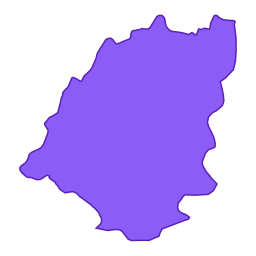 Az-Zabdani, Rif Dimashq, Syria (Robinson projection)
{"feature_id": "27442178B59833257068654", "entity_name": "Az-Zabdani", "entity_type": "district", "adm_level": 2, "iso_a3": "SYR", "parent_name": "Syria", "parent_adm1": "Rif Dimashq", "projection": "robinson", "projection_center": [36.084, 33.702], "detail": "fine", "context": "isolated", "style": "filled", "palette": "violet", "viewbox_px": 256, "rotation_deg": 0, "n_neighbors": 0, "source": "geoboundaries", "source_scale": "gbopen_adm2", "svg_char_len": 5447}
<svg xmlns="http://www.w3.org/2000/svg" viewBox="0 0 256 256"><path d="M217.0,184.0L212.0,178.8L211.4,178.0L206.0,171.3L202.6,165.3L202.1,162.4L203.3,158.8L205.5,153.2L208.7,149.5L214.0,147.8L215.1,146.6L215.2,143.1L213.9,137.7L211.2,131.6L208.6,126.7L207.4,122.3L208.6,116.9L212.6,112.6L216.5,110.6L220.0,107.7L222.6,105.1L223.0,103.7L223.8,101.0L223.8,100.5L223.4,95.4L221.8,87.3L220.2,81.7L225.3,78.1L233.4,69.7L235.4,61.2L236.1,51.4L236.0,38.0L234.3,24.1L235.1,21.5L234.5,21.1L234.2,20.9L232.8,20.5L232.2,20.4L231.7,20.5L231.2,20.5L230.1,20.5L227.4,20.2L225.0,20.0L224.2,19.8L223.3,19.7L222.4,19.3L222.0,19.2L220.4,18.2L218.6,17.1L217.6,16.4L217.4,15.6L216.9,15.6L216.1,15.6L215.3,15.4L215.1,15.5L214.4,15.6L213.9,16.0L213.1,17.8L213.0,18.2L212.5,19.1L212.0,20.4L211.1,22.3L210.7,23.3L210.5,24.4L210.2,26.5L210.1,27.3L210.0,28.0L209.5,28.8L208.9,29.0L207.9,28.9L206.4,28.7L204.9,28.3L204.3,28.3L203.8,28.4L203.1,28.8L202.6,29.1L201.8,29.4L201.7,29.4L200.6,29.4L200.0,29.2L199.2,29.0L199.0,28.9L198.7,29.2L198.5,29.3L198.0,30.7L198.0,30.8L197.5,32.2L196.9,33.7L196.6,34.2L196.5,34.3L195.9,34.9L195.6,35.0L195.2,35.0L195.0,34.8L194.6,34.4L194.1,34.0L192.8,33.1L192.1,32.7L191.2,32.9L190.9,33.1L190.1,33.8L189.5,34.3L188.6,34.4L188.3,34.4L187.9,34.4L185.8,33.7L183.1,33.0L182.1,32.8L181.8,32.8L180.3,32.4L179.3,32.2L179.1,32.2L175.1,31.8L173.3,31.5L172.3,31.4L171.2,31.1L169.8,30.3L168.3,29.1L166.7,26.9L166.0,25.8L165.7,24.9L165.4,23.2L165.1,21.0L165.0,20.1L164.8,19.6L164.7,19.1L164.3,18.0L164.0,17.5L163.3,16.5L162.3,15.8L161.3,15.4L160.5,15.4L159.5,15.4L157.9,15.9L156.9,16.7L155.7,18.4L153.6,21.8L153.2,22.5L151.8,24.7L150.9,26.3L150.0,27.6L148.7,28.6L147.4,29.0L146.3,29.1L144.6,29.0L143.2,28.7L142.0,28.5L141.5,28.6L140.5,29.3L139.4,29.6L138.4,29.8L137.4,29.8L137.0,29.9L136.5,30.1L135.6,30.4L134.5,30.5L133.9,30.5L133.2,30.6L132.5,30.9L131.9,31.6L131.7,31.8L131.4,32.5L131.1,33.1L130.9,34.5L130.6,36.9L130.4,37.7L129.9,38.4L128.8,39.3L125.9,40.3L125.7,40.4L123.5,41.3L121.7,42.1L120.9,42.5L120.2,42.8L118.0,43.6L117.0,43.8L116.8,43.9L116.7,43.8L116.1,43.7L115.5,43.2L114.8,42.4L114.4,41.9L113.5,40.7L113.1,39.9L112.3,39.3L111.4,38.5L110.3,38.2L109.6,38.2L109.2,38.3L108.3,38.6L107.4,38.8L106.4,39.2L105.4,40.2L104.5,41.8L100.8,47.6L99.9,48.9L99.1,50.4L97.6,52.7L96.8,55.1L96.4,57.3L94.8,61.5L94.0,62.9L93.4,64.4L92.8,65.9L92.3,66.9L91.8,67.9L90.6,69.7L89.4,71.1L87.7,72.7L86.6,73.8L85.8,74.4L85.2,74.9L84.9,75.1L84.4,76.0L83.2,77.6L82.7,78.9L82.3,79.7L82.0,80.2L81.6,80.9L81.0,81.3L80.5,81.2L80.4,81.2L79.8,80.9L79.0,80.4L78.3,80.0L77.7,79.6L76.3,78.7L74.6,78.0L73.6,77.6L72.5,77.5L72.1,77.7L71.7,78.3L71.2,79.6L70.8,80.6L70.1,82.0L69.5,83.3L68.9,85.0L68.4,86.3L67.8,87.2L67.4,87.7L66.3,88.6L65.3,89.7L64.0,91.1L63.7,91.6L62.8,92.7L62.4,96.4L61.8,96.9L61.4,98.1L61.0,99.3L60.8,100.5L60.7,101.5L60.5,102.4L60.0,104.0L59.3,106.9L58.9,108.5L58.5,110.0L58.2,111.0L57.9,112.2L57.3,113.0L56.7,113.4L55.4,114.2L54.7,114.8L54.0,115.2L51.7,116.4L50.5,116.9L49.6,117.5L49.0,117.9L48.2,118.9L47.9,119.3L47.6,119.8L47.1,120.5L46.5,121.1L45.5,122.2L45.4,122.3L44.8,123.1L44.6,123.9L45.0,125.3L45.5,126.1L46.3,127.3L47.5,129.2L47.9,129.8L48.1,130.6L48.1,131.5L47.8,132.9L47.3,134.4L46.2,137.2L45.3,139.8L44.8,140.9L44.3,142.4L43.6,144.0L43.2,144.6L42.9,145.2L42.4,145.9L41.5,147.1L41.1,147.5L40.2,148.3L38.9,149.0L37.0,149.9L36.1,150.3L34.7,150.9L33.8,151.3L33.0,151.7L31.5,152.4L30.9,153.0L30.5,153.4L29.8,154.0L28.9,155.2L28.7,156.1L28.6,156.8L28.2,157.8L28.0,158.6L27.3,159.9L27.0,160.6L26.2,161.8L25.2,163.0L24.7,163.4L24.6,163.5L24.0,163.8L22.8,164.9L22.5,165.0L22.1,165.2L21.7,165.5L21.4,165.7L20.7,166.4L20.1,167.2L20.0,167.8L19.9,167.9L19.9,168.8L20.0,169.9L20.4,170.6L21.0,171.6L21.7,172.5L22.1,173.1L23.0,173.8L23.4,174.2L24.1,174.8L24.6,175.2L25.3,175.9L25.8,176.3L27.1,177.0L27.8,177.3L28.7,177.5L29.2,177.5L30.7,177.6L31.0,177.6L31.8,177.7L32.6,178.0L32.8,178.1L33.2,178.3L34.3,178.8L35.3,179.2L36.0,179.4L36.9,179.5L37.1,179.6L38.0,179.7L38.9,179.6L39.0,179.6L39.8,179.4L40.7,179.2L41.2,179.0L41.8,178.6L42.7,178.0L44.0,177.1L44.7,176.7L46.2,175.7L46.5,175.5L46.8,175.3L47.4,175.4L48.1,175.6L49.3,176.1L49.5,176.2L49.2,177.0L49.3,177.8L49.9,178.5L50.4,178.8L51.0,179.4L51.6,180.0L52.9,180.5L53.3,180.7L53.4,181.0L53.7,181.3L55.0,182.2L55.5,183.2L55.9,183.9L56.4,184.6L57.0,184.9L57.5,185.4L57.6,185.7L57.8,186.3L58.3,186.9L59.1,188.2L59.7,189.2L60.8,189.9L61.5,190.4L64.8,192.7L65.6,192.7L66.4,192.6L67.3,192.5L68.7,192.2L70.3,191.9L71.0,191.9L71.7,191.8L72.8,191.7L73.6,191.9L74.8,192.4L75.4,192.6L76.4,193.2L76.9,193.6L77.7,194.4L78.4,195.1L79.2,195.9L80.0,196.9L80.4,197.2L81.8,198.0L82.9,198.7L84.5,200.0L86.3,201.3L86.8,201.7L88.2,202.8L88.3,202.9L89.8,203.8L90.2,204.2L91.3,205.2L92.4,206.2L93.1,207.0L94.7,208.2L95.9,209.4L97.2,210.9L97.7,211.5L98.9,213.2L99.4,214.0L99.7,215.1L100.6,216.8L101.2,218.1L101.5,218.9L101.6,219.5L101.6,220.4L101.5,221.5L101.2,222.7L100.8,223.4L100.4,224.0L99.8,224.7L98.9,225.6L98.3,226.1L97.8,226.4L97.5,226.8L97.0,227.3L96.2,228.1L107.7,230.5L114.7,229.6L119.1,229.6L122.0,231.2L125.7,236.0L128.3,239.3L132.0,240.6L135.3,240.4L142.3,240.3L149.1,240.4L155.6,237.6L158.9,236.3L160.1,232.8L162.0,229.1L163.4,228.5L165.3,227.7L168.1,226.6L184.2,220.5L188.4,219.2L189.4,217.1L185.9,214.6L180.9,212.6L178.4,210.4L177.7,207.6L178.0,203.6L179.5,201.5L181.2,199.6L183.1,196.4L185.1,194.8L191.1,195.0L194.5,195.2L208.1,194.4L213.5,190.6L217.0,184.0Z" fill="#8b5cf6" stroke="#5b21b6" stroke-width="1.5"/></svg>